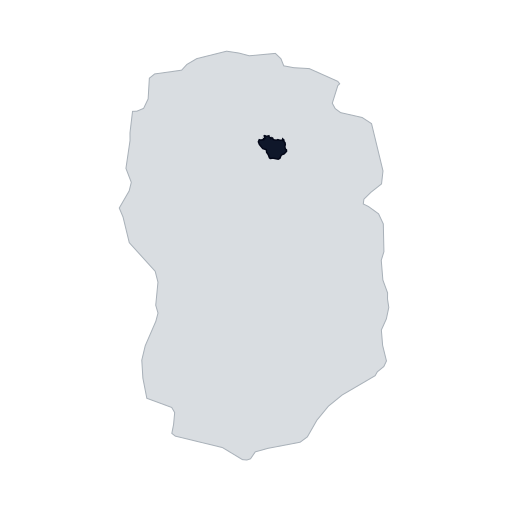 Oslomej, Oslomej, North Macedonia shown in context, rotated 100°
{"feature_id": "65306769B21440943325425", "entity_name": "Oslomej", "entity_type": "district", "adm_level": 2, "iso_a3": "MKD", "parent_name": "North Macedonia", "parent_adm1": "Oslomej", "projection": "robinson", "projection_center": [21.017, 41.59], "detail": "fine", "context": "in_parent", "style": "filled", "palette": "ink", "viewbox_px": 512, "rotation_deg": 100, "n_neighbors": 0, "source": "geoboundaries", "source_scale": "gbopen_adm2", "svg_char_len": 1775}
<svg xmlns="http://www.w3.org/2000/svg" viewBox="0 0 512 512"><g transform="rotate(100 256 256)"><path d="M229.7,130.8L238.5,131.9L257.6,126.9L269.5,120.0L275.6,119.0L283.6,116.3L295.3,116.7L307.1,119.7L322.0,115.8L336.7,109.3L342.6,110.9L349.0,116.4L353.2,117.9L377.8,146.9L391.3,158.6L407.1,167.5L425.2,174.0L431.7,180.2L443.4,211.0L449.0,222.7L456.7,226.2L458.5,229.6L458.9,234.0L450.5,255.7L447.4,304.2L445.3,308.1L436.3,307.9L424.3,308.9L419.8,312.7L415.1,338.8L395.9,346.2L378.4,350.4L363.6,349.5L337.7,343.3L329.2,342.6L321.9,346.2L298.8,348.0L288.6,352.6L264.9,383.1L240.7,393.7L232.5,399.0L213.9,392.2L205.1,391.6L192.3,399.3L164.2,400.1L156.6,401.5L135.0,402.7L134.1,398.5L130.1,392.3L120.0,389.5L99.4,391.9L94.3,387.4L85.9,361.5L79.3,357.3L71.9,348.6L59.4,320.5L59.1,308.1L60.0,297.4L53.1,272.1L57.4,265.7L63.9,261.7L64.0,251.5L62.2,236.1L69.8,205.8L71.9,203.5L73.9,205.0L92.3,207.4L97.1,203.6L100.1,197.6L101.2,175.4L105.6,165.2L150.2,145.7L163.2,144.9L173.3,153.9L181.3,159.6L186.1,159.4L187.8,153.7L193.2,142.6L202.3,136.2L229.4,130.8L229.7,130.8Z" fill="#d9dde1" stroke="#a8b0b8" stroke-width="1"/><path d="M157.0,259.8L157.5,258.9L156.7,256.3L156.8,250.9L155.6,249.4L152.6,248.8L151.5,247.8L150.7,246.2L149.0,245.0L147.5,244.1L146.1,244.5L145.7,245.5L144.6,246.1L143.3,246.6L141.2,246.5L139.4,247.1L138.3,248.4L136.9,248.7L136.1,250.0L137.6,249.9L137.4,250.5L137.9,252.4L137.6,254.7L138.2,255.5L138.6,257.6L138.3,259.2L136.9,260.2L137.7,261.7L136.9,261.8L137.2,262.4L136.2,264.0L135.4,264.2L136.4,266.6L135.9,268.3L136.3,268.8L138.4,267.5L138.8,268.2L139.5,268.3L139.3,268.9L140.1,268.7L141.0,271.6L140.9,273.0L143.1,273.5L145.6,272.0L149.0,268.0L149.5,264.3L152.1,263.5L154.1,261.5L157.0,259.8Z" fill="#0f172a" stroke="#020617" stroke-width="1.5"/></g></svg>